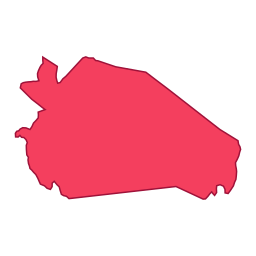 Bom Jesus da Serra, Bahia, Brazil (Equal Earth projection)
{"feature_id": "56859067B84581082225052", "entity_name": "Bom Jesus da Serra", "entity_type": "district", "adm_level": 2, "iso_a3": "BRA", "parent_name": "Brazil", "parent_adm1": "Bahia", "projection": "equal_earth", "projection_center": [-40.617, -14.382], "detail": "fine", "context": "isolated", "style": "filled", "palette": "rose", "viewbox_px": 256, "rotation_deg": 0, "n_neighbors": 0, "source": "geoboundaries", "source_scale": "gbopen_adm2", "svg_char_len": 1528}
<svg xmlns="http://www.w3.org/2000/svg" viewBox="0 0 256 256"><path d="M69.0,198.6L115.9,193.3L176.0,186.5L203.1,199.1L205.5,198.9L208.0,196.2L209.7,193.9L211.7,191.9L213.1,193.8L214.6,195.4L216.6,192.5L216.4,188.7L216.7,185.7L220.1,184.7L223.5,186.2L225.0,189.4L225.1,192.9L228.1,193.5L230.3,190.6L233.4,185.9L234.6,182.2L235.9,179.4L236.3,175.8L236.6,171.5L236.3,168.7L235.7,165.7L235.5,162.6L237.3,159.2L238.8,155.8L239.7,152.0L240.6,149.4L239.9,146.6L238.6,144.3L238.0,140.7L219.9,129.5L206.0,118.7L167.9,89.0L156.4,80.3L145.8,72.2L115.7,66.8L97.9,60.8L95.6,60.5L93.3,58.0L91.1,58.0L88.7,58.0L85.8,56.9L82.8,58.0L81.2,59.7L76.4,64.9L65.9,76.3L62.9,78.8L60.2,82.5L57.7,83.2L56.8,80.5L56.1,77.2L56.2,73.6L56.9,69.5L57.3,66.4L42.8,57.1L42.8,60.3L43.1,63.4L41.2,65.3L40.0,67.3L38.4,70.8L37.5,73.7L37.7,76.9L38.9,80.7L36.1,81.4L33.2,81.3L31.1,81.7L28.1,81.9L25.6,82.2L23.2,82.7L21.2,83.8L20.3,87.9L31.7,99.2L40.2,105.8L41.9,107.2L45.1,109.6L38.2,112.1L38.4,115.0L38.2,117.9L36.2,120.3L33.5,123.1L32.0,126.5L30.0,129.5L26.0,127.9L22.7,127.7L20.1,129.1L18.7,130.8L16.7,131.3L15.4,133.3L15.6,136.9L18.2,137.0L19.9,135.4L21.6,137.3L23.9,137.5L26.0,139.6L27.3,142.6L26.3,145.3L26.4,149.5L26.8,154.9L28.4,157.3L28.0,159.9L28.5,163.5L29.4,165.9L30.0,168.5L31.7,170.0L33.8,172.5L35.8,174.5L37.8,178.2L39.3,181.7L40.4,184.1L42.3,184.9L44.5,185.8L47.1,188.3L50.4,189.4L52.1,186.7L52.2,183.1L54.2,181.3L57.0,184.7L59.2,186.8L60.1,190.2L61.4,194.3L63.6,195.6L66.5,196.3L69.0,198.6Z" fill="#f43f5e" stroke="#9f1239" stroke-width="1.5"/></svg>